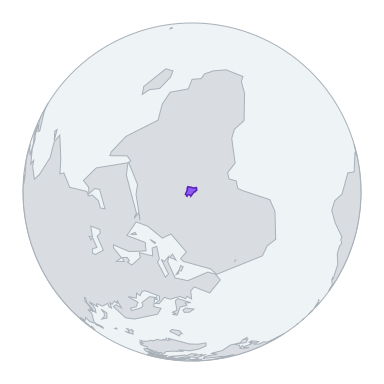 the Earth from above Batha, rotated 204°
{"feature_id": "TCD-1472", "entity_name": "Batha", "entity_type": "Prefecture", "adm_level": 1, "iso_a3": "TCD", "parent_name": "Chad", "parent_adm1": "", "projection": "orthographic", "projection_center": [18.213, 14.169], "detail": "fine", "context": "on_globe", "style": "filled", "palette": "violet", "viewbox_px": 384, "rotation_deg": 204, "n_neighbors": 0, "source": "natural_earth", "source_scale": "10m", "svg_char_len": 9261}
<svg xmlns="http://www.w3.org/2000/svg" viewBox="0 0 384 384"><g transform="rotate(204 192 192)"><circle cx="192" cy="192" r="169" fill="#eef3f6" stroke="#a8b0b8"/><path d="M140.7,31.0L140.2,31.2L142.5,30.5L136.2,32.7L136.5,32.9L132.6,34.3L136.2,33.3L139.7,32.1L142.5,31.4L143.0,31.5L138.1,33.1L137.1,33.3L136.0,33.9L133.3,34.7L134.9,34.4L128.9,36.7L135.5,34.8L131.4,36.9L127.2,38.4L126.8,37.7L116.1,41.2L111.7,43.4L106.0,46.6L97.1,53.3L92.6,56.3L87.2,60.7L90.0,58.9L95.2,55.0L99.1,53.4L105.1,49.4L107.5,48.3L114.0,44.8L113.9,46.1L110.3,49.4L105.0,52.6L103.2,54.3L109.0,52.2L99.8,59.6L94.9,67.5L92.4,69.7L86.2,71.4L84.4,68.6L76.4,72.9L82.4,71.1L76.1,77.3L75.4,79.0L76.3,79.5L79.0,77.7L77.0,80.3L70.3,82.5L72.0,80.1L74.1,79.3L73.2,78.2L68.6,80.7L65.8,84.1L61.9,85.7L59.8,88.4L57.8,90.5L61.4,86.0L54.9,94.4L50.3,100.0L57.7,89.5L65.9,79.6L74.8,70.3L84.4,61.7L94.7,53.9L105.5,46.9L116.8,40.7L128.6,35.4L140.7,31.0ZM26.5,158.2L27.0,156.7L25.2,166.2L26.9,158.8L26.2,164.5L28.5,168.5L27.8,170.4L29.4,185.3L34.1,194.4L35.2,202.4L34.4,206.2L36.7,208.9L36.7,211.8L48.6,222.0L56.9,232.1L58.1,242.0L54.1,251.0L57.4,272.9L52.1,276.3L55.4,284.7L59.4,295.1L55.6,291.3L61.5,298.9L63.3,301.5L63.0,301.1L55.1,291.1L48.1,280.5L41.8,269.4L36.4,257.9L31.9,246.0L28.3,233.8L25.6,221.4L23.9,208.8L23.1,196.1L23.3,183.4L24.4,170.7L26.5,158.2ZM36.0,127.2L33.7,133.6L33.8,132.6L34.3,131.4L34.4,131.0L36.0,127.2ZM41.7,114.8L42.4,113.5L42.1,114.1L41.7,114.8ZM113.6,44.4L113.8,44.6L112.5,45.2L113.6,44.4ZM116.2,42.9L114.6,43.4L115.6,42.7L116.6,42.4L116.2,42.9ZM118.0,42.5L117.6,41.5L119.4,40.4L124.7,38.5L118.0,42.5ZM140.6,31.7L136.9,33.0L139.5,31.8L140.6,31.7ZM150.7,28.2L148.9,28.7L156.0,26.9L156.8,26.9L153.1,27.9L149.2,28.8L152.4,28.2L141.6,31.1L145.3,29.6L150.7,28.2ZM143.8,31.0L144.1,30.7L149.1,29.2L149.4,29.7L147.7,30.0L143.8,31.0ZM161.8,25.8L162.9,25.6L164.6,25.3L157.3,26.8L157.4,26.6L161.8,25.8ZM146.8,30.4L149.4,30.1L147.5,30.9L143.8,31.3L146.8,30.4ZM150.3,28.8L152.7,28.2L151.4,28.6L150.3,28.8ZM142.3,34.5L142.5,33.8L145.1,32.9L142.3,34.5ZM150.5,29.9L151.1,29.6L152.2,29.3L153.5,29.3L150.5,29.9ZM159.0,26.7L158.9,26.8L162.0,26.0L163.4,26.0L158.3,27.1L161.1,26.7L161.5,26.7L156.8,27.6L159.0,26.7ZM158.0,28.4L151.9,30.2L150.9,31.6L148.5,32.3L150.6,30.1L158.0,28.4ZM157.7,27.8L157.3,28.3L154.6,28.8L153.1,28.8L157.7,27.8ZM166.2,25.8L165.4,25.4L166.5,25.2L166.2,25.8ZM158.2,28.6L159.6,28.2L158.4,28.7L158.2,28.6ZM164.3,26.5L163.9,26.3L165.2,26.1L164.3,26.5ZM162.9,27.7L161.0,28.2L159.9,28.1L162.9,27.7ZM164.0,27.0L165.9,26.8L160.7,27.8L163.6,27.0L164.0,27.0ZM165.6,26.3L166.3,26.1L165.6,26.4L165.6,26.3ZM168.0,27.9L161.7,29.2L159.4,28.9L165.8,27.6L168.0,27.9ZM317.5,78.8L321.0,83.0L323.8,86.3L323.6,86.0L332.7,98.5L340.7,111.8L347.4,125.8L349.2,130.5L350.3,133.5L349.0,131.2L350.9,138.2L356.3,153.2L357.4,158.2L358.8,169.7L358.2,166.0L354.7,159.7L356.7,172.1L359.5,180.0L360.5,191.2L359.6,189.0L358.2,179.4L356.9,176.8L355.4,166.2L350.6,151.9L349.5,156.4L347.8,150.2L341.2,139.6L338.5,145.9L335.6,165.7L338.3,181.9L335.9,190.2L325.6,169.5L320.0,154.8L316.8,157.3L305.7,146.6L288.2,149.7L285.1,146.2L282.0,148.7L274.0,146.0L269.2,140.1L264.7,141.3L277.4,156.8L282.2,155.7L285.5,148.3L288.2,154.2L295.8,158.4L289.3,175.0L262.4,192.7L258.9,180.8L234.1,150.0L234.4,146.2L234.3,145.8L233.9,145.1L232.5,151.2L228.0,145.2L242.1,167.0L244.8,176.7L262.0,193.4L260.6,195.5L265.9,198.7L281.8,191.8L282.0,195.9L275.0,215.8L252.3,243.8L254.9,260.2L252.5,274.3L237.3,284.7L237.7,295.0L229.8,299.2L228.6,305.0L221.7,311.4L210.5,317.5L192.4,318.2L192.0,313.2L184.1,303.4L173.5,278.4L178.8,266.5L177.5,257.1L164.4,236.0L167.3,224.1L163.6,219.0L156.1,220.1L151.7,214.0L147.1,213.8L117.7,216.6L108.3,208.0L96.3,182.8L101.4,173.5L101.7,162.3L135.9,126.9L143.9,129.3L171.7,125.1L175.3,126.5L172.8,135.0L194.2,145.1L200.2,137.8L218.9,142.8L230.9,141.9L233.8,125.8L214.2,126.9L210.1,119.5L225.1,112.0L242.1,111.8L241.0,109.0L229.7,103.3L232.9,97.9L225.7,101.0L229.1,103.7L224.6,105.9L221.2,103.7L222.5,101.7L217.2,100.8L212.5,111.2L215.4,115.1L201.9,117.6L205.6,124.5L202.1,128.0L194.7,117.7L194.9,113.8L181.6,103.4L180.1,107.6L192.6,117.9L189.0,117.2L187.1,123.7L185.7,118.2L172.4,106.6L159.8,109.3L144.9,125.3L137.3,126.5L130.4,123.2L134.8,107.0L151.3,106.2L153.0,101.2L148.8,94.1L154.1,94.7L154.4,92.0L160.6,91.6L168.3,85.2L174.4,84.5L176.6,76.6L180.0,75.4L177.7,80.2L179.4,83.6L194.5,82.8L197.1,81.1L197.3,76.2L201.5,77.0L199.7,72.4L208.0,70.4L196.5,69.3L196.4,64.4L200.9,60.7L198.8,59.1L191.5,65.3L190.5,68.1L192.8,70.6L188.2,79.1L183.2,80.6L180.3,71.7L172.9,73.2L173.8,66.3L193.0,52.5L201.4,50.1L217.2,55.3L215.7,58.1L209.3,57.5L216.0,62.2L215.1,59.8L218.5,60.7L219.3,56.9L221.8,57.4L218.3,53.2L221.4,53.4L223.6,56.0L227.4,51.4L233.6,51.2L233.3,50.0L231.2,48.7L240.5,49.9L239.9,49.0L236.6,48.2L233.1,46.0L230.7,42.8L234.0,43.3L235.4,44.5L243.2,48.3L246.2,52.0L247.4,51.9L245.5,48.9L236.0,44.3L233.6,42.2L238.4,44.0L236.4,43.2L236.3,42.4L239.3,42.2L234.1,40.2L227.9,32.5L233.1,32.1L238.1,34.2L237.3,31.1L243.2,32.0L240.1,31.1L237.7,29.8L235.8,29.4L234.1,29.0L228.1,27.0L240.8,30.3L253.2,34.5L265.3,39.8L276.9,45.9L288.0,52.9L298.5,60.8L308.3,69.4L317.5,78.8ZM125.1,145.3L124.3,148.6L125.1,145.3ZM260.9,120.2L270.6,119.7L264.7,110.5L267.9,109.7L264.8,107.1L264.3,109.9L256.3,102.7L259.9,99.5L258.0,95.7L254.7,95.7L249.3,102.8L260.7,112.9L259.1,117.0L260.9,120.2ZM28.6,168.5L28.6,170.9L28.1,170.3L28.6,168.5ZM32.0,137.8L31.7,138.7L32.0,137.8ZM32.3,143.2L32.5,145.0L31.8,144.7L32.3,143.2ZM33.2,135.2L32.2,142.1L31.0,142.7L31.8,138.6L31.9,139.2L33.2,135.2ZM39.4,119.5L38.8,120.7L38.1,122.2L39.4,119.5ZM41.5,115.3L41.5,115.2L42.3,113.7L41.5,115.3ZM76.5,77.2L77.0,77.1L77.3,78.1L76.0,78.7L76.5,77.2ZM85.6,77.7L82.2,82.0L83.7,79.1L81.2,80.4L81.4,76.4L91.1,70.6L86.7,73.8L85.6,77.7ZM84.3,70.1L83.1,72.9L84.0,70.1L84.3,70.1ZM150.0,78.9L152.3,80.5L150.4,83.5L142.7,85.8L145.4,81.2L150.0,78.9ZM156.1,82.2L155.4,73.5L160.2,72.2L157.6,74.3L160.9,74.3L157.6,77.8L162.9,85.6L161.5,88.9L148.0,90.4L153.2,87.9L150.5,86.3L156.1,82.2ZM145.1,57.9L144.8,55.4L155.5,55.7L154.5,58.2L146.8,60.2L143.4,58.5L145.1,57.9ZM127.3,39.8L126.5,39.6L127.9,39.1L129.7,38.7L127.3,39.8ZM142.2,34.3L132.2,40.1L130.8,40.1L126.6,44.2L121.3,45.9L124.1,43.1L116.9,47.8L117.4,46.0L112.9,49.4L119.8,43.0L120.0,42.0L121.9,42.3L126.8,40.6L128.9,39.6L135.1,36.1L137.8,33.6L143.1,32.0L146.1,31.5L146.3,31.9L142.8,32.7L145.5,32.6L140.6,34.2L142.2,34.3ZM178.5,33.6L174.4,33.3L179.0,35.5L174.2,36.1L175.0,36.3L171.7,37.7L169.3,39.9L166.9,40.0L167.0,40.8L164.8,41.9L164.1,43.2L159.7,43.9L158.4,45.7L157.0,45.1L156.1,47.9L154.8,46.2L151.9,47.8L154.7,48.6L132.5,52.1L124.2,55.6L117.9,59.8L116.6,57.0L121.5,51.6L129.6,45.9L137.8,43.2L135.7,42.7L139.0,41.3L139.3,42.3L140.9,40.1L143.7,39.3L150.9,35.7L151.4,33.6L154.0,32.4L155.2,32.9L157.0,31.5L161.1,31.8L163.1,31.1L169.1,30.9L170.2,32.7L172.4,31.8L177.0,31.9L178.5,33.6ZM169.6,27.8L172.1,29.2L170.6,30.4L160.8,30.3L158.5,30.9L152.1,31.4L154.3,29.8L156.0,29.7L158.0,29.4L156.5,30.0L159.3,29.2L161.6,29.2L164.4,28.7L164.4,29.2L169.6,27.8ZM178.9,123.2L181.6,123.5L185.8,123.1L184.6,127.4L178.9,123.2ZM169.7,115.4L172.1,114.8L172.5,120.2L169.7,120.1L169.7,115.4ZM173.0,110.1L172.2,114.4L171.0,112.0L173.0,110.1ZM179.9,79.6L182.4,78.9L182.8,80.1L181.6,81.8L179.9,79.6ZM191.3,41.9L189.1,41.1L189.8,40.7L187.9,38.2L191.4,37.8L193.9,39.1L191.3,41.9ZM230.7,128.7L227.5,132.0L225.5,130.6L227.0,129.7L230.7,128.7ZM205.1,129.8L211.1,131.6L204.7,131.0L205.1,129.8ZM194.7,41.1L193.6,40.0L196.0,40.5L194.7,41.1ZM193.8,37.4L196.7,37.7L191.6,37.5L193.8,37.4ZM278.4,332.2L278.2,333.4L276.2,334.1L278.4,332.2ZM279.0,268.8L266.0,293.9L258.7,294.9L258.3,288.2L263.7,273.4L272.5,268.1L277.1,260.9L279.0,268.8ZM359.6,213.8L359.5,213.6L359.9,210.4L360.0,210.1L359.6,213.8ZM359.9,210.4L359.6,204.9L355.9,185.6L357.3,184.7L360.5,194.9L360.4,197.5L360.6,202.3L359.9,210.4ZM338.9,183.2L342.1,191.9L340.6,194.2L338.9,183.2ZM352.0,138.1L352.2,139.7L351.4,137.4L350.5,134.0L352.0,138.1ZM222.8,39.2L221.5,42.8L222.9,45.8L227.4,47.9L220.6,46.9L218.4,42.2L222.8,39.2ZM226.9,33.1L223.1,31.8L225.0,31.7L226.2,32.0L226.9,33.1ZM224.4,32.8L219.1,32.5L217.1,31.4L221.7,31.8L224.4,32.8ZM207.0,35.9L206.4,36.9L204.4,36.4L207.0,35.9ZM233.2,28.8L231.0,28.2L231.8,28.2L233.2,28.8ZM225.5,26.8L226.1,27.1L224.1,26.5L225.5,26.8ZM227.8,28.2L225.7,27.2L229.7,28.5L227.8,28.2Z" fill="#d9dde1" stroke="#a8b0b8" stroke-width="1"/><path d="M188.9,195.0L189.1,194.7L189.1,194.0L189.1,193.9L189.2,193.4L190.1,193.0L191.4,187.7L191.6,188.0L192.0,188.2L192.2,188.3L192.8,188.4L193.0,188.4L193.6,188.2L193.9,188.1L194.1,188.0L194.4,187.7L194.5,187.6L194.6,187.4L194.8,186.8L194.8,186.7L194.9,186.4L194.8,186.1L195.0,186.1L195.3,186.2L195.3,186.3L195.4,186.6L195.8,186.9L196.1,187.0L196.4,187.1L196.5,187.1L197.1,187.2L197.1,192.0L197.1,192.4L197.8,192.8L197.8,193.4L197.8,193.5L197.9,193.8L197.9,194.2L198.0,194.8L198.0,195.1L197.9,195.3L197.1,195.5L196.3,195.3L195.6,195.6L194.7,196.1L192.7,196.1L191.6,196.7L191.5,196.8L191.4,196.9L191.3,197.0L191.0,197.0L190.9,197.0L190.1,197.7L190.1,197.8L189.9,197.9L189.7,197.8L189.6,197.7L189.4,197.4L189.3,196.9L189.2,196.9L189.0,196.7L188.9,196.6L188.8,196.4L188.8,196.2L188.7,196.2L188.6,195.9L188.4,195.7L188.7,195.3L188.7,195.2L188.8,195.2L188.9,195.0Z" fill="#8b5cf6" stroke="#5b21b6" stroke-width="1.5"/></g></svg>